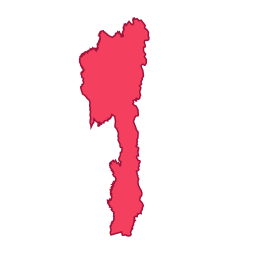 Empalme, Manabi, Ecuador (Equal Earth projection), rotated 164°
{"feature_id": "8360857B95089772616558", "entity_name": "Empalme", "entity_type": "district", "adm_level": 2, "iso_a3": "ECU", "parent_name": "Ecuador", "parent_adm1": "Manabi", "projection": "equal_earth", "projection_center": [-79.614, -0.806], "detail": "fine", "context": "isolated", "style": "filled", "palette": "rose", "viewbox_px": 256, "rotation_deg": 164, "n_neighbors": 0, "source": "geoboundaries", "source_scale": "gbopen_adm2", "svg_char_len": 5957}
<svg xmlns="http://www.w3.org/2000/svg" viewBox="0 0 256 256"><g transform="rotate(164 128 128)"><path d="M127.7,228.3L128.1,227.2L128.6,227.5L128.8,226.7L129.3,226.9L130.0,226.2L130.1,225.7L129.8,225.5L130.1,225.1L129.7,224.8L129.7,224.3L130.2,224.3L129.7,223.9L130.2,221.2L130.6,221.3L130.6,220.7L131.0,220.7L131.2,219.7L131.6,220.0L132.2,219.4L132.2,218.1L132.5,218.1L132.6,218.7L133.6,217.4L134.2,217.3L134.5,216.7L133.7,216.2L134.6,215.7L134.7,214.6L135.4,214.0L135.5,213.2L135.1,213.1L135.5,212.8L135.6,212.2L136.0,212.5L135.9,211.9L136.3,211.8L136.7,212.4L137.1,211.7L137.1,212.1L137.4,211.9L137.4,212.3L137.9,212.3L138.1,212.8L137.4,213.0L137.4,213.4L138.0,213.8L138.3,213.4L139.1,213.6L139.4,214.2L139.5,213.8L140.0,214.0L140.0,214.7L141.3,214.1L141.4,213.6L142.0,214.1L141.9,213.7L142.4,213.3L143.6,213.7L144.6,212.8L144.8,213.2L145.4,213.1L145.7,212.8L145.6,212.2L146.0,211.7L146.2,212.2L146.4,211.8L146.8,212.6L148.1,213.0L149.1,211.6L149.5,212.3L150.1,212.1L150.1,211.0L150.7,211.4L151.2,210.9L151.2,212.0L151.6,211.9L151.9,211.0L152.5,211.0L152.4,209.8L152.9,209.9L153.0,210.4L153.3,209.8L153.6,210.2L154.3,209.9L154.2,209.5L155.6,207.5L155.7,205.8L156.0,205.8L156.3,204.8L155.9,202.7L156.2,200.9L155.5,200.1L155.6,199.4L155.2,199.7L154.8,199.0L155.3,198.3L154.4,196.8L154.5,195.8L155.1,196.2L155.4,194.6L156.3,195.0L156.9,193.8L157.6,194.3L158.0,193.7L158.3,192.1L157.9,191.4L158.4,189.6L157.2,187.7L158.4,185.8L157.9,184.4L159.0,182.5L160.2,182.5L160.7,181.1L162.1,180.7L162.4,178.6L162.3,173.2L161.0,171.9L159.9,170.1L158.8,167.1L157.7,165.7L157.4,163.1L158.6,160.3L158.8,159.1L158.5,158.2L159.1,157.5L159.1,156.1L159.6,155.9L159.5,154.0L161.0,150.7L160.9,150.2L161.3,147.0L161.7,146.9L162.1,146.3L162.9,143.7L163.0,142.0L162.8,141.4L163.3,138.9L160.8,141.8L159.3,142.9L158.1,146.1L157.3,143.9L155.5,141.5L155.4,140.7L156.2,138.6L156.1,138.0L155.0,138.0L154.1,138.7L154.2,140.5L153.9,140.9L153.9,142.2L153.3,140.0L152.8,139.1L152.4,139.0L151.8,140.0L149.7,139.7L149.8,140.4L148.7,141.3L148.3,141.0L147.2,141.4L145.6,140.5L145.4,141.3L144.8,141.3L144.5,142.4L143.9,141.8L142.7,142.4L142.7,142.0L141.4,142.8L141.2,144.0L140.0,144.2L139.8,145.3L137.6,142.9L138.1,138.1L140.1,133.2L140.1,132.1L139.5,131.3L138.9,129.1L138.6,125.7L140.0,122.5L139.7,121.0L140.6,119.8L140.8,118.8L140.1,115.0L140.7,112.3L140.5,111.4L139.2,111.1L139.1,110.7L140.7,106.6L142.0,106.7L143.0,103.7L145.4,100.9L145.5,99.0L144.1,97.7L145.7,93.8L146.2,93.9L146.5,97.3L148.3,96.9L148.9,100.5L150.7,99.2L151.1,100.2L151.1,101.5L151.4,100.8L154.2,99.7L153.9,98.4L155.0,99.2L155.4,98.9L155.3,98.2L155.9,97.0L155.6,96.1L156.0,95.3L155.2,93.2L155.6,91.9L154.6,91.7L155.1,90.3L154.8,89.9L154.3,90.2L154.0,89.5L154.2,88.4L155.5,87.4L154.8,86.5L154.8,85.4L153.8,84.5L153.7,82.4L154.3,80.5L156.4,80.5L156.0,79.5L156.4,78.6L157.1,78.7L158.0,79.7L157.6,78.0L158.8,78.0L158.1,77.3L157.9,76.3L158.8,75.6L159.3,76.3L159.9,76.2L160.6,75.2L159.9,74.4L160.0,73.7L160.4,73.3L161.0,73.8L161.5,72.4L162.0,73.0L162.1,71.4L162.6,70.8L162.9,69.4L162.4,69.3L162.2,69.9L161.9,69.6L162.1,68.6L162.9,68.2L162.8,67.2L162.4,66.7L163.9,63.7L164.6,64.3L165.6,62.7L165.5,64.0L166.0,63.4L167.6,64.2L167.8,62.9L167.1,63.2L167.0,61.9L167.6,61.9L168.1,60.9L167.5,60.6L167.5,59.1L166.8,58.2L167.5,57.2L165.7,55.7L165.9,54.2L166.5,54.2L166.2,53.0L164.8,51.2L164.8,50.6L165.3,50.3L165.4,48.6L166.2,47.2L165.7,46.1L166.6,45.2L166.9,43.5L167.7,42.7L169.0,42.5L169.2,41.1L169.8,41.4L170.3,40.9L170.9,38.8L171.6,39.1L172.2,38.4L172.4,36.1L172.2,35.2L172.7,33.8L173.4,33.3L174.0,31.8L173.8,29.9L162.9,29.9L162.9,26.5L159.3,25.7L158.9,24.9L157.0,24.0L155.2,24.0L154.3,25.1L154.4,26.4L154.0,27.4L153.0,28.8L151.3,29.9L151.5,30.4L152.1,30.3L151.8,30.9L150.7,31.7L150.5,32.7L149.4,33.3L148.9,35.3L148.3,35.4L147.8,36.5L146.6,37.0L146.9,37.3L146.8,38.3L147.3,38.2L146.5,39.3L146.8,40.4L145.2,41.1L144.7,40.5L144.1,40.8L143.5,40.5L143.2,41.4L142.2,42.3L142.4,42.7L139.9,42.6L138.9,42.1L138.7,43.9L136.8,45.7L136.3,47.1L134.6,49.3L135.1,52.3L136.7,55.6L135.1,58.3L133.6,59.2L132.6,61.5L132.6,64.5L133.2,66.1L133.8,70.6L133.2,74.1L131.7,76.0L132.2,78.2L131.7,79.6L132.1,80.8L131.7,82.6L131.9,84.1L130.3,84.2L129.0,84.9L128.9,87.3L127.8,88.2L127.5,90.6L126.1,91.5L125.7,92.4L125.7,93.2L127.1,93.9L127.9,97.7L127.0,98.8L125.6,98.3L125.1,102.9L124.4,103.2L124.4,104.3L123.6,104.8L123.3,105.9L123.7,106.7L125.2,107.9L125.2,108.5L123.7,109.4L123.6,111.5L122.7,112.2L122.7,114.4L121.3,115.6L119.4,121.2L120.6,124.4L120.4,125.6L121.0,132.7L118.9,135.8L117.4,137.3L114.8,137.1L114.1,139.2L114.1,140.6L113.4,142.2L114.1,146.6L115.9,148.3L116.7,149.8L115.6,150.8L115.5,153.0L113.4,153.2L113.1,151.9L112.3,151.7L112.0,154.2L111.5,154.3L110.5,152.9L109.9,152.7L108.4,153.5L108.0,155.0L106.9,155.9L106.9,158.8L106.4,160.5L105.3,161.7L104.5,163.5L105.3,165.5L103.0,166.2L102.8,167.2L102.9,168.5L100.8,171.0L100.4,172.3L99.2,173.2L98.7,174.0L97.9,179.2L98.4,183.1L98.2,184.1L97.9,184.6L96.2,185.3L94.9,183.8L94.3,183.7L92.5,185.5L91.5,188.7L92.6,192.0L90.7,194.2L91.6,196.1L91.8,197.7L90.9,201.1L90.5,201.4L89.5,201.1L88.8,201.7L88.7,206.1L87.8,207.5L84.9,206.9L83.7,207.4L82.9,209.4L83.3,210.7L82.0,214.2L82.2,215.6L83.1,217.9L83.8,218.3L84.4,219.9L83.2,221.8L85.7,228.1L88.0,228.1L89.0,230.5L91.2,230.5L91.6,232.0L92.7,231.9L92.4,230.8L92.8,231.3L93.0,230.6L93.6,230.5L93.7,229.9L93.4,229.6L93.8,228.4L93.6,227.7L94.7,226.1L95.3,226.6L96.0,226.5L97.6,230.2L101.5,227.2L101.7,228.8L103.0,228.7L103.4,227.5L104.8,226.0L104.6,225.2L105.0,224.8L104.7,224.5L105.0,224.2L104.9,223.4L106.9,221.6L107.3,217.5L109.3,217.5L109.3,218.4L108.5,218.7L108.8,219.3L108.5,219.6L108.8,220.2L109.5,220.2L109.3,220.9L110.0,222.0L109.9,222.5L110.7,222.0L110.6,222.7L111.2,222.5L111.4,223.3L112.3,222.4L113.7,222.3L113.8,221.7L114.4,221.6L114.4,220.9L115.5,220.1L116.3,220.3L118.0,219.4L120.3,221.3L121.8,223.1L122.1,223.1L122.5,224.6L123.8,225.7L124.0,226.7L124.8,227.0L125.1,228.3L127.7,228.3Z" fill="#f43f5e" stroke="#9f1239" stroke-width="1.5"/></g></svg>